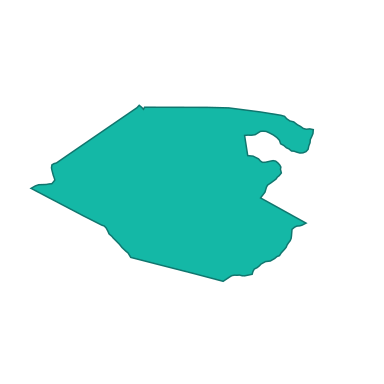 outline of Bonito, Pará, Brazil, rotated 239°
{"feature_id": "56859067B73702503430896", "entity_name": "Bonito", "entity_type": "district", "adm_level": 2, "iso_a3": "BRA", "parent_name": "Brazil", "parent_adm1": "Pará", "projection": "albers", "projection_center": [-47.328, -1.394], "detail": "fine", "context": "isolated", "style": "filled", "palette": "teal", "viewbox_px": 384, "rotation_deg": 239, "n_neighbors": 0, "source": "geoboundaries", "source_scale": "gbopen_adm2", "svg_char_len": 1744}
<svg xmlns="http://www.w3.org/2000/svg" viewBox="0 0 384 384"><g transform="rotate(239 192 192)"><path d="M292.6,188.3L287.5,103.1L286.7,90.7L287.4,88.4L287.4,85.9L285.1,84.0L282.9,83.2L277.8,81.7L275.2,81.2L272.9,80.6L272.0,78.3L271.3,76.1L272.4,73.9L273.5,71.0L277.2,64.3L277.9,60.8L278.0,55.9L227.2,86.8L210.2,97.5L208.0,99.3L205.2,99.9L201.6,99.7L198.8,99.3L195.2,100.5L192.9,100.8L189.5,101.7L184.5,102.9L180.5,103.4L175.4,104.8L172.6,105.8L167.5,105.8L147.3,125.7L120.3,152.4L99.4,172.7L99.8,180.5L99.8,183.0L98.9,185.5L97.4,187.8L96.3,190.0L94.4,191.8L93.0,194.0L91.8,197.4L90.5,201.2L92.4,203.2L93.9,205.7L93.6,208.9L94.0,211.7L94.7,214.1L94.5,219.1L92.5,223.6L92.4,228.6L92.9,231.5L92.4,234.2L93.8,237.0L95.3,242.0L96.1,244.2L97.6,246.2L98.7,248.5L99.7,251.1L101.2,253.1L103.2,254.7L108.5,258.5L109.0,261.7L108.8,264.2L107.5,266.9L106.9,269.1L106.6,273.7L151.6,247.7L154.3,254.5L157.8,258.3L159.0,260.4L159.2,264.4L159.8,270.7L160.8,272.8L161.1,275.2L162.3,278.4L165.9,279.5L167.6,281.0L170.1,281.1L172.7,280.6L175.4,279.6L177.1,277.7L178.0,275.3L179.7,270.2L181.1,267.7L183.3,266.6L186.1,266.1L191.3,262.8L194.5,258.5L213.4,266.2L212.1,269.0L210.0,272.3L208.6,275.7L208.7,281.9L207.6,284.1L205.8,286.7L202.8,288.8L199.0,291.1L195.0,292.8L191.2,293.6L187.7,292.8L184.5,294.7L181.3,295.7L179.0,297.3L175.9,298.4L174.4,300.5L172.1,302.4L169.8,304.6L168.4,307.3L167.9,310.5L168.8,313.5L171.4,315.9L173.4,318.5L176.1,320.5L177.6,322.8L179.8,325.8L183.0,328.1L185.5,325.4L186.9,322.3L189.2,320.1L192.3,318.8L195.5,316.9L199.7,315.3L202.5,312.5L206.0,310.9L209.2,310.3L212.0,307.7L225.5,291.7L245.1,266.9L256.6,248.8L289.1,195.0L287.9,193.0L290.4,192.5L293.5,191.4L292.6,188.3Z" fill="#14b8a6" stroke="#0f766e" stroke-width="1.5"/></g></svg>